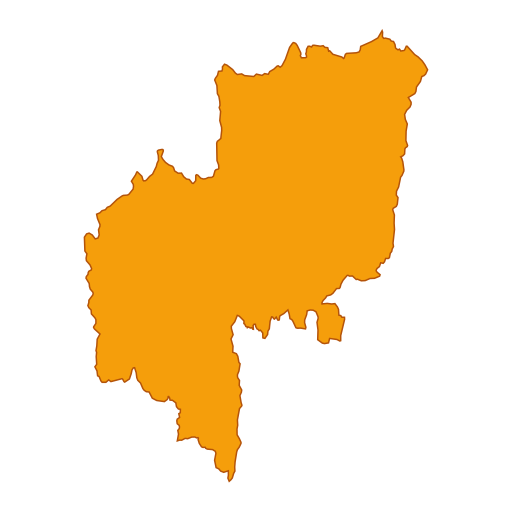 An Lao, Bình Định, Vietnam (Equal Earth projection)
{"feature_id": "81297802B61161719512326", "entity_name": "An Lao", "entity_type": "district", "adm_level": 2, "iso_a3": "VNM", "parent_name": "Vietnam", "parent_adm1": "Bình Định", "projection": "equal_earth", "projection_center": [108.793, 14.534], "detail": "fine", "context": "isolated", "style": "filled", "palette": "amber", "viewbox_px": 512, "rotation_deg": 0, "n_neighbors": 0, "source": "geoboundaries", "source_scale": "gbopen_adm2", "svg_char_len": 5968}
<svg xmlns="http://www.w3.org/2000/svg" viewBox="0 0 512 512"><path d="M427.6,69.8L424.9,64.8L422.2,60.9L418.1,56.9L414.7,54.6L407.1,46.2L406.3,46.2L404.6,50.0L404.0,50.5L400.8,51.0L399.5,49.1L398.0,49.8L396.0,48.5L395.5,47.7L395.0,44.5L393.5,41.5L391.3,41.1L389.8,39.2L385.4,38.1L383.7,38.4L382.4,36.6L382.6,32.2L382.1,30.7L377.9,37.9L371.5,41.6L360.7,46.4L360.2,50.0L359.0,52.0L356.2,52.8L346.6,53.4L345.4,54.3L344.1,58.1L343.6,58.5L341.8,57.0L332.9,54.3L329.7,50.8L328.7,51.2L327.7,47.7L324.8,47.3L323.2,45.7L320.3,46.2L313.9,45.2L312.6,45.4L311.6,47.0L309.6,46.2L308.1,46.3L306.5,49.3L306.4,51.9L305.8,53.8L306.5,55.8L306.5,57.2L305.7,57.7L301.4,57.8L300.3,55.7L300.9,54.2L300.7,52.7L297.2,45.4L295.7,43.4L293.8,42.6L293.2,42.6L292.1,43.8L289.6,47.4L285.4,59.3L282.0,65.7L280.2,67.2L278.2,65.8L277.1,66.1L273.9,69.1L269.7,71.6L268.3,74.3L264.6,73.6L262.1,75.4L256.4,74.1L253.8,76.5L244.5,75.6L241.7,73.9L237.3,74.5L235.4,73.1L232.7,69.6L226.9,65.1L224.5,64.2L222.4,66.9L222.5,69.1L221.9,71.0L218.5,71.3L217.5,75.3L215.3,78.4L214.7,80.0L216.9,85.5L217.4,93.7L218.9,96.4L219.8,101.8L220.0,105.2L219.2,107.6L220.6,111.4L219.8,120.6L221.6,127.4L221.7,130.4L220.8,138.5L217.3,141.4L216.7,143.1L217.0,160.6L218.6,164.9L218.8,168.4L218.4,169.0L216.0,169.7L215.0,170.7L213.4,176.3L211.7,177.4L208.3,177.5L205.7,178.7L203.4,179.0L200.7,178.2L197.9,175.2L196.6,174.7L195.8,175.3L195.7,180.7L193.4,183.4L192.3,183.3L189.3,179.5L186.4,179.0L183.7,176.7L181.5,173.1L178.1,173.2L174.6,170.9L173.6,167.7L172.5,166.3L168.9,164.9L165.5,162.4L163.0,159.5L161.3,156.6L163.2,151.4L163.3,150.1L162.7,149.5L161.5,149.5L158.5,150.1L157.5,150.8L157.3,151.7L158.3,155.5L158.5,160.3L157.1,163.3L156.3,166.5L152.6,174.1L149.6,176.4L146.7,179.8L145.5,180.7L143.7,180.9L143.0,180.1L141.9,176.3L137.4,171.9L136.8,172.0L135.6,174.8L131.4,181.2L133.3,184.4L133.5,186.4L133.1,189.1L128.8,194.4L127.3,195.1L123.3,195.4L122.0,196.0L117.1,199.4L110.2,206.1L107.3,207.3L105.4,209.7L102.0,210.7L99.9,212.8L96.6,214.2L97.5,218.5L100.0,224.6L99.9,226.4L98.5,229.8L99.2,234.9L98.0,238.0L95.2,238.9L92.3,235.0L89.1,233.1L86.6,233.9L84.4,237.2L84.9,251.0L86.9,253.8L86.1,258.1L86.4,260.7L90.0,264.9L91.6,268.5L91.3,269.9L88.8,271.3L88.2,272.6L88.0,274.4L86.3,276.6L86.0,278.2L89.2,283.5L89.5,286.7L90.3,289.2L92.8,292.1L93.2,293.4L92.8,295.0L88.9,300.2L88.8,302.6L87.9,305.6L88.8,307.6L91.1,310.0L91.4,313.9L94.9,317.8L95.9,319.6L95.9,323.4L93.7,326.7L93.6,327.5L94.5,329.0L100.0,334.0L97.2,339.2L96.8,345.9L96.0,350.6L96.6,352.4L96.2,356.7L96.7,364.3L94.9,366.8L97.0,370.9L97.6,375.8L99.1,376.5L100.9,380.9L102.1,382.3L105.9,382.3L108.7,379.9L110.9,381.6L122.0,378.7L122.7,379.2L124.0,381.6L124.7,382.1L129.4,379.0L131.2,373.7L132.0,369.9L133.3,367.9L134.6,367.7L136.2,372.7L136.8,377.7L137.8,380.3L140.5,383.0L142.9,388.6L144.2,390.3L146.3,391.7L149.1,392.0L152.3,398.2L156.7,400.5L164.4,401.6L167.0,399.7L167.9,398.4L168.2,396.6L168.7,396.5L169.7,398.1L170.0,400.1L172.5,400.3L175.8,402.8L176.5,406.7L178.4,409.0L180.4,409.3L180.3,412.7L178.8,413.7L179.6,417.4L177.2,419.2L176.8,420.8L177.2,423.7L179.2,425.4L179.5,427.0L179.3,428.5L177.8,430.4L178.5,434.1L177.3,440.9L179.6,440.1L181.7,440.2L185.1,438.4L187.7,438.7L191.7,437.1L194.8,437.0L196.7,437.9L198.0,437.6L198.4,438.2L198.1,439.6L199.3,443.4L201.5,446.8L202.8,447.4L205.2,447.3L205.7,448.3L207.3,449.1L212.6,449.6L215.3,451.3L215.9,453.3L214.6,460.3L216.1,467.6L218.7,468.8L220.7,471.1L223.7,472.3L228.3,470.8L228.4,475.1L227.9,478.1L229.2,481.3L230.9,479.8L232.3,478.0L233.7,473.3L234.9,471.1L234.7,467.0L235.1,461.8L236.7,451.9L237.4,449.7L239.2,447.2L241.0,443.4L241.0,442.3L239.3,438.6L237.1,434.8L237.0,429.0L237.7,425.3L237.4,419.9L239.5,408.6L241.8,405.8L241.9,405.1L241.1,402.6L239.9,395.6L241.4,392.2L241.7,390.0L239.2,385.4L239.5,380.5L237.7,377.7L237.4,376.0L237.5,374.5L238.9,371.1L240.1,363.8L238.9,362.4L237.8,356.3L236.4,353.7L232.7,352.2L233.0,346.2L231.0,339.0L233.1,334.7L231.4,328.6L231.3,326.2L234.8,321.7L237.3,315.4L238.1,315.6L239.4,316.3L243.6,320.5L244.0,321.1L243.9,323.6L244.7,324.1L245.9,326.5L247.0,326.7L247.3,327.7L248.3,327.0L250.4,328.0L251.8,327.7L252.8,329.2L253.4,329.3L253.1,325.5L254.1,324.2L255.4,324.3L255.7,326.4L257.0,328.9L258.2,329.5L259.1,330.7L260.5,330.2L262.7,332.9L262.9,337.9L264.9,338.4L267.6,334.5L267.9,331.2L269.3,328.8L270.1,321.2L271.6,316.9L272.6,317.0L273.7,318.7L274.5,319.1L276.2,317.1L277.7,320.0L278.9,320.2L279.3,319.7L279.6,316.8L280.1,315.7L283.8,313.6L287.9,309.9L289.2,314.1L290.0,318.7L291.7,319.5L292.9,321.2L295.9,327.7L297.2,328.2L300.6,328.1L305.5,328.9L305.9,327.3L304.6,322.7L304.7,319.9L306.6,314.7L307.2,310.8L310.2,310.0L313.2,310.2L316.0,311.8L318.1,316.9L318.1,318.6L317.0,322.3L318.0,330.1L317.7,339.7L322.3,343.1L324.5,343.6L328.5,342.9L329.6,338.5L330.1,338.5L337.0,339.5L339.8,341.0L340.7,340.7L340.7,335.6L344.6,319.3L344.5,317.3L341.7,317.2L340.8,315.6L338.9,315.2L338.5,309.4L337.4,306.9L334.9,303.6L331.7,304.0L327.3,303.4L322.0,303.9L322.0,302.6L323.0,300.6L325.6,297.9L326.8,295.9L330.7,294.9L332.9,293.3L336.5,288.6L339.4,288.4L340.1,287.4L341.0,284.1L343.0,280.3L347.1,275.5L347.9,275.3L349.5,276.1L352.5,276.0L356.2,279.5L357.4,279.2L361.3,280.8L365.2,280.6L370.0,278.5L374.5,278.3L379.6,276.2L380.1,274.7L377.1,272.2L376.2,270.9L376.1,270.3L377.0,268.5L379.4,266.6L380.7,262.8L383.2,263.3L384.5,261.8L385.6,258.5L388.2,258.5L389.4,257.7L390.3,253.2L391.7,251.5L392.2,249.0L393.5,246.5L393.0,243.2L394.5,229.5L394.1,223.1L394.4,215.0L392.7,209.7L393.2,208.3L396.3,206.4L397.3,204.2L398.0,197.6L396.3,195.1L396.5,191.2L398.6,187.0L400.6,177.2L402.0,175.4L403.8,171.2L403.9,169.8L402.8,161.8L401.6,158.0L400.7,156.9L403.0,155.7L404.6,153.9L404.9,148.9L405.5,147.8L407.2,146.6L407.6,145.5L405.9,140.6L406.1,131.1L407.3,124.0L405.3,119.3L404.6,114.4L406.7,110.3L410.0,107.0L411.1,104.3L411.1,102.2L408.3,97.5L414.8,93.6L415.9,91.5L416.5,87.0L420.4,81.5L421.8,76.5L423.9,75.7L425.6,74.1L427.6,69.8Z" fill="#f59e0b" stroke="#b45309" stroke-width="1.5"/></svg>